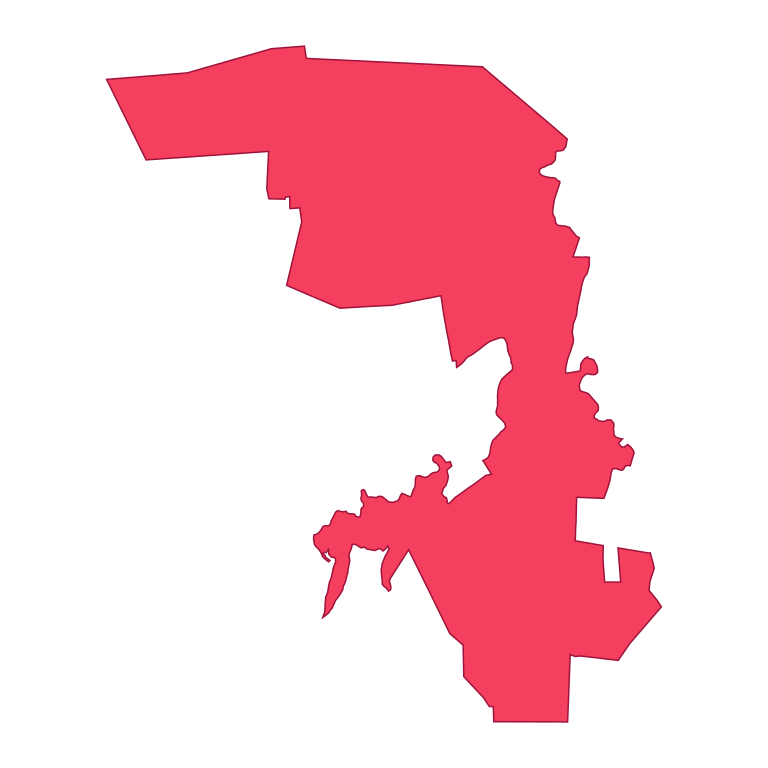 the district of San Francisco Ixhuatán, Oaxaca, Mexico
{"feature_id": "50627088B52661088255154", "entity_name": "San Francisco Ixhuatán", "entity_type": "district", "adm_level": 2, "iso_a3": "MEX", "parent_name": "Mexico", "parent_adm1": "Oaxaca", "projection": "natural_earth1", "projection_center": [-94.502, 16.336], "detail": "fine", "context": "isolated", "style": "filled", "palette": "rose", "viewbox_px": 768, "rotation_deg": 0, "n_neighbors": 0, "source": "geoboundaries", "source_scale": "gbopen_adm2", "svg_char_len": 6125}
<svg xmlns="http://www.w3.org/2000/svg" viewBox="0 0 768 768"><path d="M552.6,126.3L482.6,67.0L482.6,66.8L306.3,58.4L304.4,46.1L271.4,48.7L187.2,72.9L106.6,79.4L146.1,159.9L268.6,151.4L266.8,188.7L268.9,198.8L283.2,199.1L284.8,199.4L285.7,197.1L289.7,196.5L289.9,208.6L299.8,207.9L301.7,222.0L286.6,285.4L322.8,300.9L340.0,308.2L373.6,306.2L392.1,305.3L440.9,295.7L442.3,304.4L443.1,310.1L444.1,316.6L444.5,318.7L447.0,332.6L448.5,340.1L449.9,348.2L450.9,353.6L451.8,358.0L452.5,361.1L456.1,360.5L456.3,362.5L456.6,367.4L458.9,365.8L461.4,363.9L463.4,361.9L466.2,358.5L467.8,356.9L470.6,355.5L473.7,353.5L475.8,351.9L478.3,350.1L480.7,348.2L482.4,346.8L484.0,345.6L487.7,342.9L490.0,341.3L493.1,340.2L495.4,339.4L500.5,337.6L503.9,338.1L504.2,338.3L505.3,339.9L506.4,342.3L507.2,345.0L507.4,347.6L507.9,350.9L508.8,353.6L510.4,357.2L511.2,360.8L511.0,362.7L512.4,365.0L512.6,369.1L510.8,371.2L508.1,373.3L503.1,377.9L501.7,379.5L500.7,381.2L499.3,384.8L498.6,387.3L498.0,390.3L497.5,395.6L497.6,398.4L497.6,405.9L496.3,410.6L496.2,412.8L496.6,414.7L498.8,417.0L501.5,419.6L503.4,421.5L504.8,423.6L505.7,427.1L503.2,430.2L500.8,431.9L499.0,434.3L493.0,440.2L491.6,443.6L490.7,447.0L490.2,450.6L489.9,453.3L488.1,457.5L484.9,459.6L482.8,460.7L484.3,462.6L486.0,465.5L488.9,470.1L491.5,474.2L485.8,475.4L474.6,483.7L472.6,485.1L470.7,486.4L469.6,487.1L463.8,491.3L459.5,494.5L455.1,497.5L450.6,502.1L448.9,503.7L447.3,502.7L447.1,500.1L446.3,497.6L444.1,496.8L441.8,493.3L442.9,490.1L443.8,487.7L445.9,485.6L447.4,481.3L448.1,478.1L448.3,476.1L447.3,472.4L446.8,470.6L448.3,468.9L451.7,466.1L450.3,461.7L446.0,462.5L441.2,456.3L438.7,454.9L435.1,455.0L433.2,457.0L432.7,460.0L434.2,462.2L436.6,463.2L439.1,466.5L439.7,468.5L438.7,470.7L437.2,472.0L433.0,472.7L430.5,474.2L428.5,476.3L426.0,477.3L423.7,477.3L421.1,476.1L418.9,475.6L416.3,476.2L415.3,479.5L415.4,482.9L415.0,486.7L413.8,489.0L412.8,491.0L411.2,496.0L410.1,496.7L407.2,495.6L405.0,494.5L401.8,493.4L400.3,495.9L399.1,499.1L397.1,501.0L392.5,502.4L388.5,501.8L382.8,497.0L381.0,496.4L378.6,496.3L376.3,497.5L374.6,497.4L372.8,497.1L370.3,497.1L367.7,496.9L365.9,493.2L365.0,491.0L363.6,489.5L361.3,490.5L361.6,496.0L360.8,498.2L361.5,501.0L363.6,503.4L363.5,506.3L361.0,509.0L360.9,512.5L360.1,516.7L358.3,517.1L355.8,516.4L354.7,514.2L353.0,513.9L348.8,513.6L347.1,512.9L346.2,511.3L343.6,511.7L341.8,511.7L337.7,510.6L335.7,512.0L332.4,518.6L331.2,520.8L330.0,524.8L327.7,526.0L325.7,525.6L323.0,526.5L321.0,529.9L318.9,532.6L316.3,534.4L314.0,534.9L313.5,538.5L313.8,540.6L314.5,544.5L316.4,547.1L318.6,549.2L320.2,551.4L321.7,554.2L322.4,556.3L324.5,558.6L326.1,560.0L328.7,561.8L330.0,560.5L328.0,559.0L325.9,557.5L324.9,555.1L322.7,554.2L323.8,552.2L326.0,552.8L327.2,550.9L328.6,549.5L328.7,554.1L331.3,557.1L334.1,557.5L335.5,558.6L335.6,562.2L334.7,564.1L333.3,568.0L331.4,577.2L329.3,582.8L328.4,587.5L328.0,590.5L327.2,593.6L325.8,596.9L325.1,603.8L325.1,606.0L324.9,610.2L324.6,612.5L323.6,614.9L322.8,617.5L327.5,613.9L328.9,612.6L330.5,609.9L332.3,607.9L333.2,605.6L335.5,600.5L338.1,597.1L339.6,595.1L341.2,592.4L342.8,589.5L343.2,586.5L344.1,584.8L345.6,581.3L345.8,580.1L346.0,579.3L346.4,577.7L347.7,573.1L348.2,568.5L348.8,565.9L349.5,562.3L349.8,560.2L349.0,555.6L349.3,553.4L351.3,548.7L352.2,544.6L354.6,544.2L356.5,544.9L359.3,546.9L361.4,547.9L363.3,547.1L365.8,548.2L367.5,549.3L369.8,549.6L372.9,550.2L375.1,550.5L376.8,549.7L378.9,548.6L381.5,549.4L382.9,551.0L384.6,549.8L386.5,547.9L387.6,546.1L389.0,548.8L386.9,553.2L385.1,556.4L382.1,563.9L381.7,567.3L381.2,569.6L381.4,573.3L382.1,579.2L382.3,582.0L382.2,584.1L384.0,586.3L386.3,588.2L388.5,591.1L390.5,589.9L390.9,587.1L390.3,583.9L389.3,581.1L390.3,578.5L408.6,549.8L427.3,587.5L449.9,633.7L463.1,645.1L463.8,676.7L483.3,697.5L489.3,706.5L493.3,706.6L493.8,721.7L567.6,721.9L570.2,654.6L575.2,656.5L580.1,656.0L585.2,656.5L618.2,660.4L629.2,644.4L629.2,644.2L661.4,606.9L657.5,600.8L649.0,590.3L649.9,581.9L649.9,581.7L654.2,568.4L653.0,562.8L650.2,552.7L649.1,553.1L618.0,547.9L618.7,556.8L619.0,561.0L619.4,565.2L620.7,582.1L604.7,582.1L603.4,565.7L603.0,559.7L603.2,545.6L593.2,543.9L575.3,540.8L575.7,526.8L576.0,523.2L576.6,497.5L577.2,497.3L603.9,498.4L606.9,490.4L608.5,485.4L609.7,481.3L610.4,477.7L611.2,472.7L612.6,468.8L616.3,468.6L619.6,469.9L622.2,470.3L624.0,468.6L624.9,466.5L627.3,465.4L630.2,465.8L634.1,452.6L633.3,450.4L632.0,448.6L630.1,446.5L627.7,444.5L624.7,446.7L624.3,447.3L621.2,446.6L618.5,443.2L620.6,441.0L622.5,438.9L620.0,438.6L615.8,437.0L614.0,435.1L613.9,431.8L613.4,428.9L614.0,425.7L613.5,422.7L610.8,419.9L606.9,419.9L604.8,421.3L602.2,421.4L598.8,420.8L597.0,419.4L594.4,418.1L594.2,415.6L595.6,413.1L598.2,410.5L598.5,407.6L597.9,404.7L588.3,393.6L584.4,392.2L580.9,391.2L579.6,388.6L579.3,384.8L581.2,379.4L583.0,376.7L586.0,374.1L588.7,373.9L591.4,374.6L593.2,374.6L595.0,374.6L597.1,372.9L597.8,371.7L596.9,365.8L593.7,359.9L590.9,358.8L587.6,358.3L587.7,356.9L584.8,358.3L583.8,359.5L581.1,363.1L580.7,365.2L580.3,370.7L578.9,371.2L573.6,372.1L568.8,372.9L566.0,373.3L565.6,370.8L565.7,368.8L566.0,366.4L566.7,363.3L567.8,358.7L569.4,354.0L570.7,350.9L571.7,347.2L573.0,343.8L573.5,339.0L572.8,335.6L572.5,333.5L572.3,330.5L572.9,328.1L573.2,324.3L576.6,315.1L577.4,306.6L579.8,295.5L580.8,291.0L581.5,286.5L582.4,283.0L583.6,279.2L584.2,277.6L585.3,275.8L587.0,273.7L589.0,266.7L589.2,265.0L589.3,261.3L589.4,257.3L586.4,257.0L581.0,257.2L578.8,257.0L575.2,257.1L573.1,256.8L579.4,237.9L576.3,236.0L574.6,234.0L572.8,231.6L570.8,229.5L569.8,227.5L567.1,226.7L566.3,226.3L563.8,226.0L557.7,225.3L555.8,223.1L555.4,220.9L554.9,218.0L552.9,214.2L552.8,212.9L552.6,211.6L552.8,209.9L553.4,205.9L553.8,202.8L554.7,198.5L559.9,182.9L559.6,181.2L558.0,180.8L555.6,178.4L553.3,177.7L550.9,177.7L547.4,177.1L543.9,176.2L541.3,175.1L539.6,173.0L539.4,169.6L542.2,167.6L544.8,166.8L547.1,165.5L550.0,164.3L551.5,164.1L551.9,163.6L553.7,161.9L555.2,159.9L555.6,156.1L555.5,152.6L557.4,150.9L559.4,151.0L561.5,150.6L563.5,149.9L565.8,146.5L566.0,145.7L567.2,139.0L558.8,131.7L552.6,126.3Z" fill="#f43f5e" stroke="#9f1239" stroke-width="1.5"/></svg>